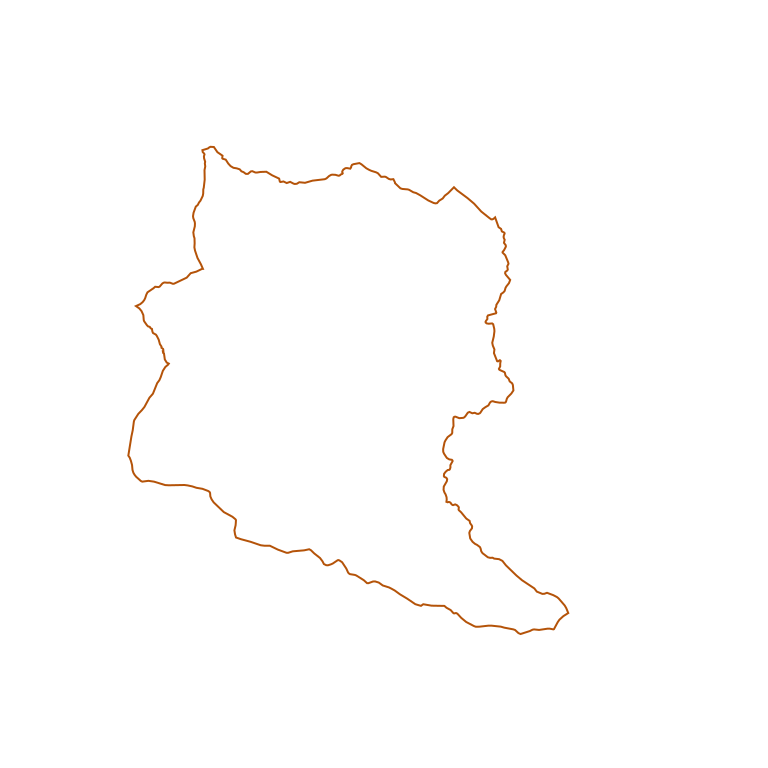 the district of Angelópolis, Antioquia, Colombia, rotated 119°
{"feature_id": "7082276B44826680756830", "entity_name": "Angelópolis", "entity_type": "district", "adm_level": 2, "iso_a3": "COL", "parent_name": "Colombia", "parent_adm1": "Antioquia", "projection": "mercator", "projection_center": [-75.718, 6.132], "detail": "fine", "context": "isolated", "style": "outline", "palette": "amber", "viewbox_px": 768, "rotation_deg": 119, "n_neighbors": 0, "source": "geoboundaries", "source_scale": "gbopen_adm2", "svg_char_len": 6166}
<svg xmlns="http://www.w3.org/2000/svg" viewBox="0 0 768 768"><g transform="rotate(119 384 384)"><path d="M267.5,656.2L269.0,655.0L269.7,652.9L270.2,652.3L272.1,651.9L273.8,650.8L276.4,648.1L277.8,647.7L280.4,645.8L283.9,644.7L292.2,639.9L299.7,636.8L301.4,636.4L305.0,634.5L307.4,633.7L312.7,633.4L314.9,633.8L317.7,633.7L320.1,634.6L326.5,633.6L329.8,632.4L331.4,631.2L334.0,628.1L335.4,627.1L337.8,625.9L343.8,624.3L346.9,622.0L348.4,620.4L352.8,617.8L356.4,616.1L358.9,614.0L364.2,608.2L368.1,602.1L371.1,598.2L371.6,599.0L376.7,602.6L380.8,606.8L386.6,608.1L398.1,616.3L398.7,617.2L399.2,620.5L400.5,622.6L401.5,625.0L402.3,625.9L403.6,626.6L407.5,627.4L408.5,628.1L409.9,631.3L411.9,632.0L418.5,635.3L421.1,635.2L424.7,634.5L426.9,634.4L429.4,634.8L432.3,635.9L436.1,638.7L436.5,634.7L437.8,631.4L440.4,627.9L444.6,625.1L445.4,624.2L447.5,619.9L448.0,618.3L447.6,616.6L448.4,615.1L448.3,613.7L450.5,611.9L451.4,610.7L451.4,607.4L452.1,606.0L454.5,602.5L457.8,599.3L459.1,596.8L460.2,596.2L460.4,594.3L460.7,593.9L462.5,592.7L462.7,593.2L463.9,592.2L464.0,591.2L468.8,587.6L470.6,584.4L470.5,582.1L471.7,582.2L475.1,583.5L479.7,583.8L486.3,582.6L489.6,582.3L493.2,582.8L504.5,581.4L509.7,582.5L520.3,582.4L524.3,583.1L529.2,584.4L536.6,584.9L538.0,584.6L546.4,581.3L552.3,579.5L570.6,572.9L571.7,570.7L573.9,568.1L577.0,565.1L581.1,562.3L583.1,560.2L584.3,558.2L585.3,555.8L586.2,551.8L586.7,549.8L586.6,548.1L582.9,543.1L580.9,537.8L578.5,526.4L576.9,523.1L569.1,509.6L567.9,506.6L566.5,502.0L565.7,497.7L563.7,492.0L562.8,485.8L563.0,484.2L563.6,483.3L566.5,481.4L568.5,478.8L570.1,475.6L573.7,462.0L573.6,452.2L574.3,448.4L574.8,447.5L577.5,446.2L579.5,445.3L584.5,443.9L587.7,441.4L590.0,439.0L589.1,433.9L586.7,424.2L584.8,413.6L583.3,409.9L580.8,405.5L580.3,396.5L578.9,387.5L578.1,386.0L574.6,382.7L568.2,373.2L564.8,369.3L564.8,367.3L566.0,362.9L567.2,355.6L568.9,351.8L570.6,349.3L570.5,346.7L569.7,345.1L567.6,343.1L565.9,341.8L560.6,339.1L560.1,338.5L559.9,337.4L560.2,334.2L563.7,327.5L566.3,324.0L566.7,322.9L566.8,321.6L565.1,316.9L564.9,315.4L565.4,306.5L566.4,302.3L565.8,301.1L562.0,297.8L561.0,296.1L560.2,292.3L560.8,287.4L559.5,281.0L559.4,278.3L559.4,274.5L560.2,268.1L560.5,259.6L561.4,249.9L560.6,246.2L560.1,244.1L557.6,242.9L554.8,234.9L548.8,223.6L549.4,220.9L549.4,216.1L550.7,212.4L550.7,211.5L549.4,210.0L549.3,208.5L551.1,203.1L552.3,196.7L552.1,188.0L551.8,186.0L550.0,182.9L544.8,175.6L543.2,172.7L539.6,164.2L538.8,160.7L535.9,151.9L535.6,150.1L536.7,145.6L536.5,143.4L529.4,136.7L526.9,135.0L525.9,133.8L523.9,129.1L518.6,122.2L517.7,120.6L516.5,116.9L516.0,116.5L508.1,116.6L505.1,116.3L500.1,114.6L495.0,111.8L491.7,115.9L490.1,118.6L486.9,127.3L486.5,129.4L486.6,133.6L487.6,140.2L489.8,142.1L490.8,143.8L491.5,149.7L489.9,153.4L488.7,168.2L487.3,175.3L483.5,189.4L481.3,194.7L481.4,198.4L483.3,203.0L483.3,204.8L484.6,206.9L485.2,209.2L484.2,215.8L483.2,217.8L481.0,219.8L480.1,221.1L479.6,224.7L479.7,226.8L479.1,230.0L477.3,233.7L472.9,237.2L470.9,237.6L467.6,237.1L465.8,237.9L465.2,238.6L464.0,241.2L462.2,242.8L461.8,246.8L458.8,254.4L458.1,257.3L457.7,257.9L455.7,258.7L455.2,259.4L454.6,261.6L454.8,263.4L456.4,264.8L456.6,265.4L456.4,266.7L455.6,268.2L455.5,269.3L455.8,270.2L456.6,271.0L456.8,272.3L454.7,273.1L452.7,274.4L450.7,276.6L449.6,278.5L447.7,280.6L444.7,282.0L438.6,281.9L436.6,282.6L435.8,284.0L436.0,286.2L435.5,287.0L433.4,287.9L430.8,287.5L428.4,286.6L427.3,285.2L426.5,285.1L424.9,285.4L422.8,286.6L418.2,286.6L417.7,287.0L417.4,287.9L418.3,290.4L418.2,293.1L417.8,294.0L415.8,297.8L414.6,299.3L412.3,300.7L405.6,302.8L403.5,302.9L399.6,302.6L395.1,300.6L393.7,300.6L390.5,302.3L387.1,302.8L381.1,306.4L379.3,306.9L378.5,306.5L377.9,305.6L377.4,301.6L375.2,298.3L374.2,297.6L372.6,297.2L368.5,296.8L367.0,295.7L366.8,292.6L365.2,290.7L365.0,288.3L364.5,287.1L363.1,286.0L362.3,285.8L358.1,285.5L355.1,284.1L352.1,282.3L348.9,282.3L347.8,282.0L346.9,281.3L346.3,280.5L345.8,278.0L344.3,273.9L342.1,269.8L341.4,268.9L340.4,268.7L337.4,269.4L335.6,269.4L330.6,268.0L326.9,267.7L322.4,270.8L321.3,272.2L320.8,275.3L318.9,277.6L318.1,280.9L317.6,281.9L315.5,283.8L315.2,284.6L315.6,289.2L315.5,290.3L315.1,290.8L312.3,290.9L309.5,292.4L307.3,293.1L307.0,294.2L309.0,295.3L309.2,296.1L303.7,302.8L300.2,304.2L297.7,307.4L295.5,309.3L289.3,311.0L284.3,313.0L282.3,314.3L278.8,317.5L278.6,318.8L280.5,321.6L281.2,323.5L281.0,324.8L280.5,325.3L279.5,325.4L277.0,325.1L275.1,326.3L273.6,326.3L267.8,320.3L267.1,320.4L264.6,323.2L262.1,323.3L260.3,324.1L254.9,323.8L248.5,325.2L246.0,324.0L244.1,323.6L241.1,324.3L239.4,324.3L235.2,323.6L231.8,324.1L229.4,330.4L228.4,331.8L227.1,332.2L225.0,331.2L223.9,331.2L221.3,333.3L218.5,333.4L217.3,334.5L212.6,340.4L211.6,344.0L210.9,344.3L208.8,343.9L204.8,344.0L203.6,344.8L202.4,347.5L199.3,348.4L198.5,349.7L197.4,350.7L195.6,351.3L194.0,351.4L193.3,352.1L193.4,354.9L191.6,356.8L191.3,359.8L184.4,367.6L186.5,368.3L187.6,369.2L188.0,370.1L187.8,372.0L186.0,382.6L182.6,392.6L180.9,401.1L179.2,413.8L178.0,418.2L185.9,420.4L189.8,422.1L193.3,422.6L196.9,424.6L200.1,425.3L201.1,426.6L201.6,428.4L202.0,434.2L201.4,443.7L201.4,448.5L202.1,451.4L202.0,456.3L202.3,457.6L204.5,462.5L204.9,464.5L203.0,471.7L202.4,472.1L200.3,475.1L201.9,477.4L202.3,479.3L202.0,482.5L202.2,483.7L204.2,486.9L202.6,491.6L202.7,493.6L203.7,498.4L203.9,500.8L203.9,504.1L202.8,510.1L202.7,512.6L206.5,517.2L207.8,518.2L209.5,518.2L210.5,517.8L212.0,517.9L213.1,521.1L214.0,522.4L216.2,523.5L217.3,523.6L218.5,523.5L219.3,523.0L219.6,522.3L220.4,522.3L221.9,523.5L222.8,523.7L223.5,524.2L223.9,524.8L224.6,527.9L226.0,530.8L226.8,531.7L228.8,532.9L232.1,534.0L233.6,535.1L240.8,545.1L246.3,550.6L248.6,555.9L251.1,557.3L252.3,559.0L252.6,560.2L252.7,564.1L255.4,566.5L255.6,570.1L257.5,572.4L257.5,573.2L255.2,575.3L255.7,583.0L255.4,589.8L258.4,594.8L260.7,597.7L261.4,599.1L261.7,602.3L262.6,603.5L266.2,604.9L267.2,606.8L266.8,609.5L267.1,611.8L266.2,614.3L266.8,617.4L267.9,620.5L267.8,623.8L266.7,627.1L264.5,631.2L265.2,634.4L264.9,635.0L262.6,635.9L262.0,642.1L259.2,647.7L260.7,650.8L261.9,651.6L263.4,652.2L267.5,656.2Z" fill="none" stroke="#b45309" stroke-width="2"/></g></svg>